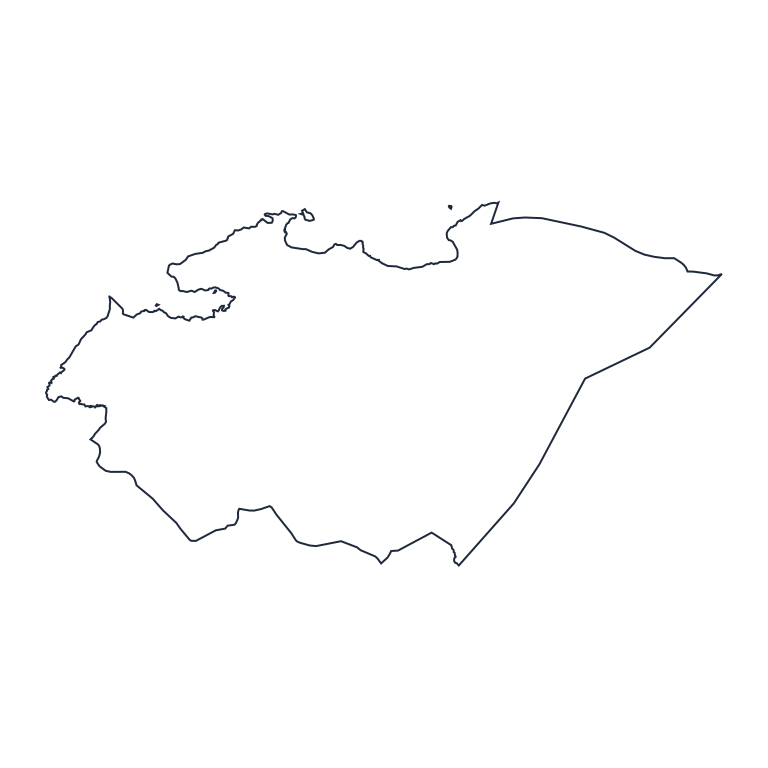 the district of Kjósarhreppur, Höfuðborgarsvæði, Iceland
{"feature_id": "244011B42175048354153", "entity_name": "Kjósarhreppur", "entity_type": "district", "adm_level": 2, "iso_a3": "ISL", "parent_name": "Iceland", "parent_adm1": "Höfuðborgarsvæði", "projection": "orthographic", "projection_center": [-21.584, 64.307], "detail": "fine", "context": "isolated", "style": "outline", "palette": "slate", "viewbox_px": 768, "rotation_deg": 0, "n_neighbors": 0, "source": "geoboundaries", "source_scale": "gbopen_adm2", "svg_char_len": 6030}
<svg xmlns="http://www.w3.org/2000/svg" viewBox="0 0 768 768"><path d="M458.8,565.5L513.8,503.4L539.4,464.3L585.1,378.6L649.7,347.6L721.9,274.0L717.6,275.4L714.0,275.4L706.9,273.4L693.1,271.6L687.5,271.5L686.1,268.0L684.1,265.2L681.5,262.9L674.2,258.2L664.8,258.2L654.1,256.8L644.4,254.6L635.4,250.9L614.1,237.6L604.3,232.8L581.1,226.5L542.0,218.2L524.9,217.5L512.9,218.4L491.1,223.8L498.4,202.5L496.8,203.3L494.3,202.8L490.4,203.4L484.5,205.7L482.1,204.9L478.3,208.7L474.8,211.0L470.0,215.7L464.2,219.0L461.9,221.0L461.1,221.1L460.4,220.2L457.6,221.9L455.7,225.5L453.9,225.8L452.7,227.1L451.0,227.1L447.9,230.7L446.8,232.9L446.7,234.0L447.1,237.8L448.8,240.1L450.5,240.4L452.7,241.7L457.2,249.8L457.6,253.0L457.5,256.6L456.4,258.6L455.1,259.8L449.8,261.8L439.7,262.0L437.1,263.6L435.1,263.4L434.1,264.2L430.9,263.0L429.5,264.1L426.8,264.2L422.3,266.8L413.7,267.9L409.2,269.4L406.5,268.6L404.6,269.0L396.5,266.4L387.9,266.0L382.1,263.3L378.7,260.7L378.8,259.9L376.7,260.0L370.7,257.3L370.1,255.9L368.7,255.9L365.9,253.3L363.4,252.1L363.3,251.1L363.6,248.7L363.1,247.8L363.2,245.8L362.4,243.0L362.8,242.2L361.5,240.9L359.3,240.9L356.6,242.6L353.0,247.0L350.1,248.7L347.2,247.9L344.3,245.9L340.8,245.0L337.3,245.0L335.9,243.9L334.4,244.5L333.0,247.0L328.7,249.4L324.9,252.7L318.7,253.4L312.2,251.9L305.8,249.1L302.6,249.1L291.5,247.4L287.1,245.0L285.0,240.6L284.8,237.5L286.7,234.1L286.7,233.4L285.9,232.0L285.1,232.4L284.5,231.4L284.5,229.8L286.0,229.7L284.5,229.6L286.2,224.8L287.4,223.3L288.5,222.9L290.3,219.3L292.5,218.1L294.5,218.4L295.5,217.6L296.1,215.9L295.8,215.0L292.6,214.4L289.5,214.6L282.9,211.1L281.9,211.2L281.0,213.1L278.2,214.8L274.3,213.8L272.8,214.4L267.2,213.4L265.2,213.9L264.7,214.6L265.6,215.8L268.7,216.1L272.5,218.2L272.8,220.0L272.4,221.7L271.7,222.8L267.6,222.9L262.6,219.0L261.4,219.5L261.4,220.3L260.4,220.5L259.4,221.8L258.1,222.6L256.9,224.6L256.8,225.8L255.2,226.8L251.0,226.8L249.1,228.4L243.7,227.5L241.5,229.3L238.2,230.5L234.9,230.2L233.1,233.9L228.2,236.5L227.8,238.3L227.4,238.5L227.2,239.8L226.2,240.6L218.5,242.7L217.8,244.1L216.3,244.8L214.1,247.7L208.8,250.6L205.5,251.3L202.8,252.8L195.3,253.9L188.1,256.4L185.8,259.8L180.0,264.1L176.3,264.3L172.5,263.5L170.5,264.4L169.0,265.5L167.4,272.8L171.3,276.5L173.9,276.9L175.4,278.5L177.4,282.6L178.6,287.6L178.8,289.8L180.4,291.1L182.0,290.9L186.8,292.0L191.5,290.7L194.7,292.0L198.4,289.6L201.3,288.8L205.4,290.5L208.3,290.0L208.8,288.9L209.8,288.4L211.7,288.6L212.9,287.7L215.1,287.3L218.5,288.4L220.2,290.1L223.3,290.8L225.7,292.7L228.2,292.9L228.6,293.3L228.3,295.5L228.7,296.1L231.1,296.2L232.0,297.2L233.5,296.6L234.9,297.1L235.0,297.5L233.1,300.1L230.9,301.5L229.3,304.5L228.5,305.0L229.4,306.1L229.0,307.5L226.1,308.8L225.3,309.6L225.6,310.6L224.0,311.0L222.1,310.4L222.0,309.1L223.7,307.2L223.9,305.8L221.7,305.9L219.9,307.7L218.8,310.4L217.9,311.4L214.9,310.0L213.0,310.3L212.9,310.8L214.0,312.2L213.6,315.7L214.4,316.8L214.2,317.2L209.8,317.0L203.4,319.7L202.5,319.6L202.3,318.3L201.6,317.6L195.2,316.2L193.4,317.3L191.3,317.6L189.3,320.7L184.7,319.1L183.6,318.0L183.6,316.7L182.8,316.4L181.9,317.2L180.5,317.4L178.6,316.6L175.4,318.4L170.9,317.9L168.0,316.1L166.1,313.3L163.8,312.1L162.5,310.6L160.6,310.1L159.2,308.8L156.1,311.0L154.3,310.8L154.0,311.6L152.4,312.1L149.0,312.0L146.1,309.9L144.8,310.0L144.4,310.3L144.4,310.9L141.3,311.5L140.0,313.3L136.9,314.4L133.3,317.6L123.3,314.2L122.9,313.5L123.0,310.4L122.5,308.8L111.7,298.1L109.4,296.6L109.3,296.9L109.9,299.1L110.2,302.3L109.8,305.7L109.9,309.0L107.5,316.5L106.3,318.0L103.7,319.3L101.7,319.6L100.4,321.3L97.7,322.1L96.5,324.2L95.5,324.6L93.5,326.8L91.4,330.3L86.8,332.2L85.3,334.6L80.9,339.3L78.9,343.9L78.0,345.0L76.2,345.9L75.3,347.1L69.3,357.5L67.2,359.5L65.3,362.2L61.2,365.0L61.4,366.4L60.1,368.2L61.3,367.6L63.6,368.2L64.5,369.1L64.2,370.1L61.4,372.2L61.0,373.1L59.9,372.5L57.2,374.8L56.7,375.9L55.4,375.7L54.9,376.7L53.4,376.9L53.3,377.6L53.9,378.2L53.7,378.8L52.0,379.4L51.1,380.7L51.6,382.6L51.5,383.0L50.0,382.4L49.1,382.7L49.0,383.1L49.6,384.4L49.5,385.6L47.4,387.1L48.3,389.0L47.0,389.9L46.9,391.1L46.1,392.3L46.2,393.5L47.2,394.8L46.8,395.9L46.9,396.8L48.9,400.0L51.0,399.7L54.1,401.8L55.1,401.7L56.4,400.5L58.5,397.1L61.4,396.4L63.3,397.8L68.2,398.3L73.9,401.5L74.5,401.1L74.6,399.7L78.0,397.7L78.8,398.1L78.9,399.0L80.3,400.9L78.9,402.4L79.1,403.6L79.9,404.2L81.0,403.8L82.0,404.4L84.3,404.4L85.4,406.4L88.0,406.0L89.4,406.9L90.3,406.7L90.0,406.3L90.2,406.0L91.5,405.9L91.7,406.2L91.3,406.9L93.1,406.4L94.7,406.6L95.1,407.3L97.2,404.9L98.0,405.3L97.2,405.8L97.4,406.3L100.3,405.1L101.0,405.3L100.6,405.9L102.8,405.4L104.5,406.0L103.9,406.5L106.3,408.1L106.3,412.1L105.6,418.2L106.0,421.9L104.9,423.7L100.1,427.8L98.8,429.8L95.1,433.7L93.3,436.7L90.5,439.4L98.1,444.5L99.1,446.0L99.8,447.9L100.1,452.5L99.7,454.4L98.9,456.9L96.7,461.2L96.7,462.0L99.5,466.3L105.7,470.8L110.7,471.9L125.6,471.8L129.2,473.4L131.6,475.2L133.9,477.8L135.0,480.2L136.6,485.4L152.7,498.7L163.0,510.4L176.5,523.1L180.4,528.7L189.6,539.8L191.3,540.8L195.9,540.9L215.8,530.3L225.2,528.6L227.6,525.7L234.5,524.7L236.1,522.8L238.1,518.0L238.0,512.3L238.7,509.5L239.3,508.8L249.4,510.5L254.2,510.6L261.3,509.0L269.6,506.1L271.7,507.5L276.4,514.6L291.3,533.2L296.0,540.5L297.6,541.8L300.5,542.9L309.8,545.5L316.1,546.1L341.0,541.2L357.0,547.3L360.6,550.2L375.4,556.5L377.9,559.0L381.1,563.4L387.4,557.7L389.3,554.8L391.2,551.0L398.0,550.6L431.6,532.6L451.3,545.2L452.2,548.7L453.4,549.8L453.8,551.0L453.7,552.0L454.6,552.7L455.0,555.8L455.7,556.5L455.6,557.0L454.6,557.7L454.2,558.9L454.1,560.9L455.2,562.8L456.6,563.1L458.8,565.5ZM310.5,213.3L306.9,212.3L304.8,209.1L302.0,210.8L303.1,213.3L300.8,213.9L303.5,214.8L304.6,217.1L304.6,218.6L305.4,219.7L309.7,220.9L313.7,219.8L313.9,218.8L312.3,215.2L310.5,213.3ZM449.0,205.9L448.8,206.5L449.7,207.9L451.0,208.8L451.6,206.8L451.1,206.0L449.0,205.9ZM214.8,292.8L216.2,291.1L216.0,290.5L215.2,290.4L213.8,292.9L214.8,292.8ZM156.4,306.0L158.4,304.8L156.8,304.2L155.8,305.5L156.4,306.0Z" fill="none" stroke="#1e293b" stroke-width="2"/></svg>